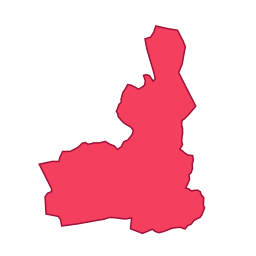 outline of São Joaquim do Monte, Pernambuco, Brazil, rotated 186°
{"feature_id": "56859067B64848357432681", "entity_name": "São Joaquim do Monte", "entity_type": "district", "adm_level": 2, "iso_a3": "BRA", "parent_name": "Brazil", "parent_adm1": "Pernambuco", "projection": "mercator", "projection_center": [-35.85, -8.484], "detail": "fine", "context": "isolated", "style": "filled", "palette": "rose", "viewbox_px": 256, "rotation_deg": 186, "n_neighbors": 0, "source": "geoboundaries", "source_scale": "gbopen_adm2", "svg_char_len": 1703}
<svg xmlns="http://www.w3.org/2000/svg" viewBox="0 0 256 256"><g transform="rotate(186 128 128)"><path d="M83.4,188.4L82.1,193.0L80.8,197.3L80.5,201.8L79.5,214.8L82.5,220.6L84.6,223.7L89.0,230.4L99.4,231.0L111.0,232.4L112.4,226.0L115.0,220.7L120.4,218.4L117.7,209.1L115.3,203.2L108.3,186.4L106.0,179.7L107.9,177.2L112.3,182.5L115.5,182.9L118.1,181.9L115.7,176.7L116.0,172.6L117.7,170.6L121.4,167.7L128.9,170.8L132.8,171.2L134.4,167.4L136.9,162.5L137.9,155.6L137.4,152.9L139.5,150.4L140.4,146.1L141.4,143.4L139.6,140.9L138.9,138.2L135.9,135.3L132.5,132.5L128.5,130.6L125.1,129.1L122.6,126.3L122.9,123.0L124.3,120.1L127.0,115.9L130.8,113.9L132.8,108.5L136.3,105.6L139.8,108.8L144.3,109.9L149.2,112.3L154.8,110.2L160.6,109.6L163.0,108.5L166.2,107.7L168.8,109.1L171.9,108.1L175.7,103.5L182.8,98.8L190.6,97.8L192.8,91.2L193.2,87.5L199.7,86.9L212.5,82.7L211.0,80.3L199.8,62.9L197.7,59.6L197.3,56.8L201.3,54.6L203.3,50.9L200.5,33.9L188.1,32.8L185.3,29.4L183.7,23.6L168.0,27.4L151.3,32.3L145.4,33.9L142.2,34.8L138.0,36.9L134.2,37.3L129.8,37.4L125.1,37.2L120.9,37.3L117.7,38.1L115.0,39.1L115.0,28.1L107.3,26.0L102.5,24.7L93.1,29.9L90.2,28.0L86.5,27.1L82.4,28.5L79.0,30.2L75.5,32.0L72.7,33.3L69.6,34.0L65.5,34.7L60.8,33.5L58.4,37.1L55.1,39.1L52.7,42.9L49.9,44.8L47.1,46.6L45.6,49.1L44.7,52.1L43.5,56.7L45.0,59.1L45.2,63.2L45.4,66.6L48.4,69.5L49.4,72.1L52.2,73.5L55.1,73.0L58.7,72.1L61.2,73.8L64.3,74.4L62.7,79.0L61.4,83.3L62.4,87.9L60.5,90.3L59.6,94.3L60.3,98.7L59.7,103.1L60.8,107.3L65.6,107.4L69.3,109.3L71.7,111.1L74.3,112.2L72.0,117.2L73.2,120.5L73.4,124.7L73.1,128.1L73.7,133.2L75.1,137.3L75.0,141.2L72.8,143.0L68.4,148.6L62.9,156.8L83.4,188.4Z" fill="#f43f5e" stroke="#9f1239" stroke-width="1.5"/></g></svg>